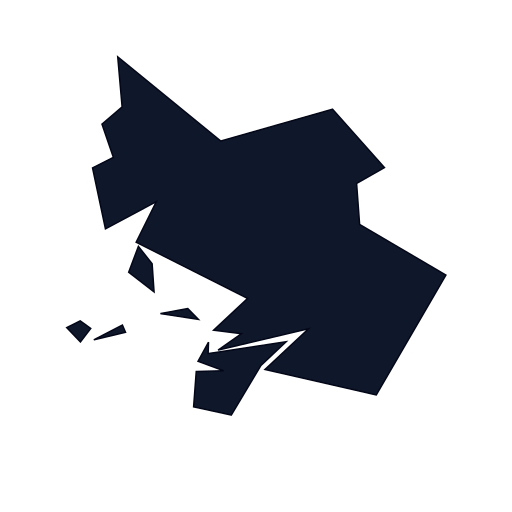 the Region of Finland Proper, rotated 16°
{"feature_id": "FIN-3191", "entity_name": "Finland Proper", "entity_type": "Region", "adm_level": 1, "iso_a3": "FIN", "parent_name": "Finland", "parent_adm1": "", "projection": "orthographic", "projection_center": [22.144, 60.47], "detail": "coarse", "context": "isolated", "style": "filled", "palette": "ink", "viewbox_px": 512, "rotation_deg": 16, "n_neighbors": 0, "source": "natural_earth", "source_scale": "10m", "svg_char_len": 767}
<svg xmlns="http://www.w3.org/2000/svg" viewBox="0 0 512 512"><g transform="rotate(16 256 256)"><path d="M409.9,356.4L295.9,362.6L326.6,311.4L245.5,356.9L263.4,334.7L235.7,339.0L259.6,299.1L137.0,275.8L145.2,231.2L103.8,271.4L74.6,216.4L91.7,200.5L71.6,171.7L86.2,149.6L68.2,102.7L190.4,155.2L289.1,93.8L355.1,135.6L332.7,158.5L346.9,197.1L443.8,222.0L409.9,356.4ZM236.9,363.0L308.6,330.1L290.9,359.9L276.1,415.7L237.6,418.2L230.4,383.5L256.6,375.2L229.3,373.2L234.1,351.9L236.9,363.0ZM167.9,318.6L138.1,306.7L140.3,279.2L158.3,292.1L167.9,318.6ZM180.0,337.7L204.9,325.3L218.1,332.8L180.0,337.7ZM123.2,381.3L146.6,359.2L151.6,365.3L123.2,381.3ZM93.8,377.0L104.9,366.8L117.1,371.2L110.9,387.0L93.8,377.0Z" fill="#0f172a" stroke="#020617" stroke-width="1.5"/></g></svg>